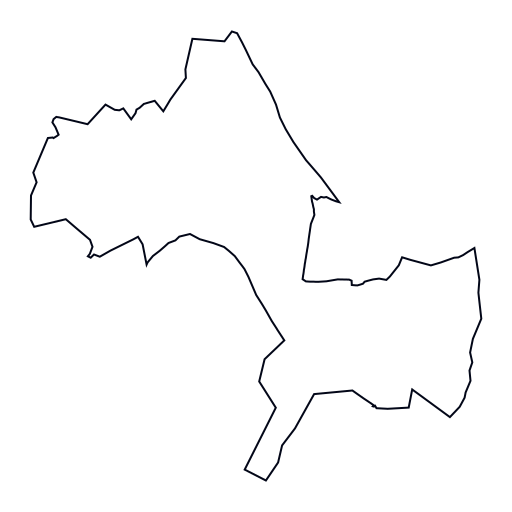 outline of Yola South, Adamawa, Nigeria
{"feature_id": "59680162B24147659958725", "entity_name": "Yola South", "entity_type": "district", "adm_level": 2, "iso_a3": "NGA", "parent_name": "Nigeria", "parent_adm1": "Adamawa", "projection": "equal_earth", "projection_center": [12.362, 9.242], "detail": "fine", "context": "isolated", "style": "outline", "palette": "ink", "viewbox_px": 512, "rotation_deg": 0, "n_neighbors": 0, "source": "geoboundaries", "source_scale": "gbopen_adm2", "svg_char_len": 2629}
<svg xmlns="http://www.w3.org/2000/svg" viewBox="0 0 512 512"><path d="M398.8,265.3L389.9,276.5L386.4,279.9L379.1,278.6L373.1,279.4L368.1,280.7L364.6,281.7L363.0,283.7L360.2,284.6L357.4,285.4L355.2,285.3L351.8,285.0L351.6,280.7L349.1,279.6L337.6,279.4L326.4,281.3L318.4,281.8L315.7,281.8L314.1,281.7L310.5,281.7L305.9,281.4L302.6,279.2L302.8,277.8L303.0,276.5L303.1,275.5L303.4,274.0L303.7,271.9L303.9,270.0L304.2,268.4L304.5,266.5L304.7,264.8L304.9,263.3L305.0,263.0L305.2,261.8L305.5,259.7L305.8,258.3L306.1,256.3L306.3,254.9L306.6,253.1L306.9,251.5L307.2,249.4L307.6,247.3L307.8,246.1L308.3,242.6L308.7,239.0L309.4,234.1L309.9,230.8L310.1,229.2L310.9,223.9L313.5,217.3L314.4,214.9L313.9,211.6L313.9,209.2L313.3,207.0L312.6,203.5L312.0,201.4L311.3,196.2L312.2,195.8L314.2,198.1L317.0,199.6L321.0,196.9L323.9,197.5L326.4,197.0L328.5,198.1L330.9,199.3L331.4,199.5L331.6,199.6L336.0,201.3L339.2,202.2L334.2,195.4L321.4,178.1L320.7,177.2L312.9,168.1L310.3,165.1L306.1,160.3L293.5,142.2L285.7,129.2L279.9,117.5L276.0,104.6L270.2,91.6L267.3,87.0L265.3,83.8L258.5,72.1L252.7,64.4L245.9,50.1L242.0,42.3L237.1,33.2L231.9,31.5L224.5,41.3L192.4,38.8L185.4,69.4L185.9,78.0L170.4,99.5L167.5,104.4L163.3,111.3L154.7,100.8L143.9,103.9L139.6,107.8L136.5,109.6L135.5,113.2L131.2,119.3L123.3,108.4L119.3,110.3L114.7,109.8L105.5,104.6L87.6,124.2L72.6,120.6L59.2,117.4L57.3,117.1L56.3,116.9L53.6,119.1L52.4,122.4L55.5,127.3L58.6,134.7L57.2,135.8L55.6,136.8L53.5,138.1L52.7,137.5L47.9,138.0L33.3,172.6L36.6,182.3L31.0,195.5L30.7,219.5L34.2,226.8L65.8,219.2L77.0,228.8L90.0,239.8L92.5,246.8L89.8,253.9L87.9,256.3L90.7,257.7L94.0,254.5L99.8,256.7L110.5,250.6L133.2,239.4L138.0,236.8L142.6,244.3L146.6,264.6L147.6,262.4L152.9,256.0L159.7,250.8L162.7,248.2L165.0,246.2L168.5,243.0L175.4,240.4L179.3,236.6L190.0,234.0L199.7,239.2L213.4,243.1L224.1,247.0L228.9,250.9L234.8,256.1L239.6,262.6L242.3,266.1L244.5,269.1L248.4,276.8L252.3,285.9L256.2,295.0L262.0,304.1L265.9,310.6L271.7,320.9L276.8,328.8L277.5,330.0L284.3,340.4L264.6,359.2L259.2,381.5L275.8,407.7L244.7,469.6L265.9,480.5L278.1,462.5L282.1,445.4L295.0,428.4L314.1,394.1L352.4,390.5L357.9,394.4L363.6,398.4L367.8,401.2L373.8,405.3L372.9,406.3L373.9,406.6L375.1,405.8L376.5,408.2L387.7,408.8L408.7,407.6L412.2,389.5L419.6,394.9L449.9,417.1L459.7,406.8L464.6,397.7L465.3,394.2L465.6,392.5L470.5,380.8L469.5,370.5L472.3,362.4L470.1,352.5L472.9,338.8L473.0,338.6L481.3,318.7L479.4,301.8L478.4,292.7L479.0,284.8L479.4,279.8L474.4,248.0L467.6,252.1L463.1,255.1L458.3,257.4L454.2,257.7L440.7,262.5L430.9,265.4L410.2,259.8L402.1,257.3L398.8,265.3Z" fill="none" stroke="#020617" stroke-width="2"/></svg>